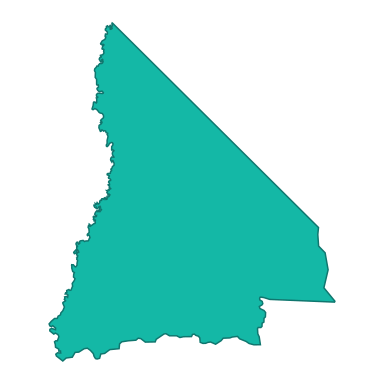 Aceguá, Cerro Largo, Uruguay (Equal Earth projection)
{"feature_id": "84410073B6991751353050", "entity_name": "Aceguá", "entity_type": "district", "adm_level": 2, "iso_a3": "URY", "parent_name": "Uruguay", "parent_adm1": "Cerro Largo", "projection": "equal_earth", "projection_center": [-54.46, -31.833], "detail": "fine", "context": "isolated", "style": "filled", "palette": "teal", "viewbox_px": 384, "rotation_deg": 0, "n_neighbors": 0, "source": "geoboundaries", "source_scale": "gbopen_adm2", "svg_char_len": 5795}
<svg xmlns="http://www.w3.org/2000/svg" viewBox="0 0 384 384"><path d="M318.5,227.5L113.0,23.6L112.2,23.0L111.9,23.8L112.4,25.9L111.2,26.8L111.1,27.3L112.1,28.0L112.1,28.5L110.9,29.3L110.3,29.3L110.1,28.8L110.9,26.4L110.5,25.4L110.0,25.5L109.7,26.4L109.3,26.8L108.2,26.8L107.6,25.8L106.4,26.4L106.4,28.0L105.4,28.9L105.3,30.0L107.3,31.9L107.4,33.8L107.0,34.3L105.5,34.0L105.1,36.0L105.2,36.6L105.7,36.8L105.8,37.2L105.3,38.6L104.8,39.4L102.2,40.9L100.6,43.6L100.8,44.2L101.4,44.2L102.0,44.9L103.0,44.2L103.9,44.8L103.6,45.6L102.7,46.2L102.0,48.7L102.3,49.2L103.3,49.1L103.9,49.5L103.6,51.5L104.0,52.9L102.8,54.7L100.4,55.3L100.4,55.9L101.3,56.7L101.0,57.3L99.8,57.7L99.3,58.7L99.3,59.6L99.9,60.3L100.6,61.8L101.0,62.0L101.2,61.3L101.8,61.2L102.0,60.7L101.8,59.7L102.5,59.3L102.7,59.5L102.7,60.7L103.1,61.6L102.5,63.0L101.8,63.5L99.7,63.7L98.4,65.2L98.1,66.2L96.8,66.1L96.2,67.4L94.9,68.6L94.6,69.5L94.5,70.7L95.4,72.3L95.2,77.4L96.6,79.3L96.6,84.4L97.1,85.1L98.1,84.8L98.4,85.4L98.4,87.3L97.4,87.9L97.0,88.4L97.0,89.0L97.7,90.3L98.6,91.2L99.4,91.6L102.0,91.1L103.4,92.6L103.2,93.2L102.6,93.5L97.9,93.2L96.6,94.3L96.4,95.1L96.6,96.3L97.8,97.1L97.6,97.5L96.3,97.9L96.7,99.1L96.7,102.5L96.2,103.0L94.9,102.0L93.8,102.0L93.5,102.4L93.1,105.6L92.0,109.0L92.7,109.6L93.4,109.6L94.7,108.6L95.8,109.0L97.2,109.9L99.1,112.4L100.1,113.0L102.3,113.5L103.4,115.2L103.6,117.1L103.0,118.2L101.2,119.6L100.7,120.6L101.5,121.2L100.4,122.5L100.8,122.9L101.3,122.4L101.9,122.5L101.4,123.7L99.1,125.4L98.9,127.8L100.4,131.4L101.1,131.2L101.6,130.1L102.3,130.1L103.6,131.1L104.1,130.7L105.6,131.0L106.1,132.6L107.7,133.3L107.5,134.1L107.1,134.5L108.0,136.2L107.9,137.1L107.1,140.3L107.1,143.6L106.3,145.0L106.4,146.1L106.8,146.5L107.4,146.5L108.6,145.2L109.5,143.4L111.3,142.5L112.4,142.7L113.0,143.8L112.8,145.1L111.7,146.6L111.6,149.7L111.9,150.2L112.5,149.7L113.9,150.5L113.8,151.0L112.7,151.9L112.3,153.4L112.6,155.1L113.7,156.6L113.8,157.2L111.8,157.0L110.9,158.1L110.6,159.3L110.7,160.2L111.8,162.0L112.2,160.8L112.8,160.6L113.3,161.1L113.4,161.9L114.1,163.2L114.0,165.3L112.4,166.6L112.1,167.9L110.9,169.2L111.1,169.8L111.6,170.1L111.5,170.8L110.6,171.5L110.3,173.3L107.8,173.5L107.1,174.1L107.2,174.8L109.3,175.8L109.3,176.4L108.5,177.3L108.5,177.9L108.7,178.3L110.1,178.9L110.7,179.8L110.6,180.5L109.2,180.9L108.7,181.5L108.6,182.2L109.3,183.1L109.5,184.5L108.2,184.8L108.5,185.5L109.4,185.9L109.5,186.7L109.2,187.9L110.4,188.2L110.7,188.7L109.6,189.3L109.2,190.1L108.3,189.7L107.7,190.7L106.7,190.6L107.6,191.6L106.9,192.7L108.2,193.9L107.8,195.0L108.5,195.1L109.4,194.3L109.9,194.8L109.0,196.5L107.9,197.0L107.0,196.7L107.0,197.6L106.6,198.2L107.2,198.8L106.8,199.3L105.9,199.5L105.1,197.6L104.3,198.0L104.4,198.5L104.0,199.4L102.9,198.7L101.8,198.8L101.5,199.3L101.5,200.4L100.4,200.3L99.8,201.1L99.7,202.6L98.6,204.0L98.2,204.1L97.1,202.6L96.4,204.2L95.7,204.1L95.2,203.6L95.3,205.0L93.9,205.2L94.1,206.2L94.7,207.3L95.3,207.6L96.2,207.2L96.2,208.5L96.6,208.7L97.7,208.5L99.1,206.5L100.1,206.3L100.5,207.2L99.7,207.8L99.6,209.0L101.2,209.2L101.5,209.7L99.9,211.7L99.1,211.5L99.3,210.0L98.0,210.4L97.7,211.6L96.7,210.9L95.5,212.3L94.7,214.2L95.8,216.0L96.5,215.6L96.4,216.5L95.4,216.8L93.7,216.3L93.2,216.9L93.4,217.4L93.9,217.4L93.7,218.7L93.3,219.2L94.0,220.1L94.1,220.8L94.8,220.6L95.1,220.0L95.4,220.2L95.1,221.4L95.3,222.8L95.0,223.4L94.2,223.5L90.3,226.3L89.9,225.8L90.0,224.7L89.2,224.1L89.0,225.4L88.5,225.6L88.5,226.1L89.0,226.2L88.2,226.7L88.1,227.4L88.9,228.8L89.2,232.5L87.5,234.1L87.2,235.0L87.6,235.6L88.4,235.0L89.3,235.4L90.0,237.8L89.4,238.2L88.7,240.1L88.1,240.9L85.7,241.0L84.6,241.5L83.1,240.4L80.2,240.9L79.7,241.6L79.7,243.4L78.6,244.2L78.2,243.8L78.0,242.3L77.1,242.1L76.4,242.8L76.0,243.7L76.2,244.8L77.5,246.4L77.4,246.7L76.7,246.8L76.7,248.7L78.4,250.9L78.8,252.2L78.0,252.6L77.0,251.9L76.7,251.5L76.6,250.2L76.0,249.8L73.9,252.0L73.7,252.6L74.4,253.7L76.0,253.0L76.8,253.2L77.0,253.6L76.6,254.7L77.8,255.9L77.3,256.3L77.4,257.4L76.7,257.9L77.0,258.5L76.8,259.4L77.6,260.2L77.0,263.4L77.0,265.3L75.7,266.9L74.8,266.6L73.4,264.8L71.7,264.7L71.6,265.8L71.9,266.8L71.7,267.9L72.7,271.5L74.4,272.6L73.7,274.0L73.5,277.0L75.0,278.6L74.4,280.3L72.2,283.5L72.6,286.2L71.0,290.1L69.8,290.4L68.9,289.5L66.7,290.5L66.8,292.4L65.6,292.8L65.2,294.0L66.7,294.0L68.0,295.0L67.6,297.3L66.6,296.4L64.6,296.9L64.9,298.3L64.3,299.3L65.5,300.8L62.9,302.5L62.9,303.5L64.4,307.0L62.8,310.8L60.8,313.0L60.5,314.8L58.1,316.2L57.3,318.4L54.5,318.5L51.3,321.3L49.1,323.9L49.8,325.9L51.4,326.6L52.7,325.7L55.6,328.1L55.5,329.7L51.7,328.4L49.9,329.3L49.8,330.9L53.8,334.1L55.3,333.1L57.9,334.5L58.9,336.6L57.4,340.8L55.7,340.8L54.5,341.8L55.3,344.5L55.5,347.2L58.7,349.1L58.9,351.2L60.5,351.0L60.7,353.0L57.5,352.8L55.8,354.2L56.4,356.0L62.8,361.0L66.2,358.0L72.3,357.2L75.1,352.4L78.8,352.1L84.2,348.7L87.4,348.2L90.4,350.4L93.3,353.6L94.1,356.4L95.5,358.6L97.1,359.0L99.6,358.3L100.8,354.0L104.7,353.4L109.8,349.6L119.1,348.7L119.6,343.8L121.8,341.8L128.2,340.8L135.9,340.2L138.2,338.2L140.8,338.6L145.3,342.1L155.2,341.9L156.2,339.3L164.0,334.0L166.0,333.7L169.5,335.8L176.7,335.8L179.9,337.5L183.6,336.7L191.5,336.6L192.5,334.4L194.4,334.1L195.7,335.3L198.4,336.2L199.8,337.9L200.2,342.3L202.9,343.4L205.7,343.3L207.8,342.4L210.5,342.0L215.6,344.2L221.1,340.7L223.2,338.2L229.9,337.9L232.4,337.0L237.5,336.4L239.6,338.8L246.0,341.4L249.1,343.5L253.9,344.8L260.4,344.7L259.2,336.8L257.8,333.8L257.5,328.6L258.2,327.5L260.9,327.5L262.0,326.4L262.1,323.2L263.9,322.1L264.0,318.3L265.4,316.9L265.6,312.5L264.0,310.5L259.9,308.5L259.3,306.5L262.0,304.9L262.8,303.7L262.2,301.4L259.8,299.9L259.6,298.9L259.9,297.4L260.9,297.1L264.0,297.6L269.7,299.4L334.5,302.1L334.9,301.2L323.9,287.8L328.1,269.8L325.1,252.8L318.6,246.1L317.8,234.5L318.5,227.5Z" fill="#14b8a6" stroke="#0f766e" stroke-width="1.5"/></svg>